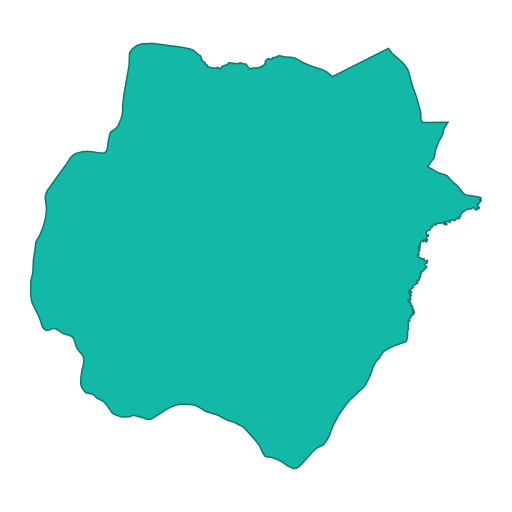 outline of Pakham, Buri Ram, Thailand
{"feature_id": "78962969B25022287440202", "entity_name": "Pakham", "entity_type": "district", "adm_level": 2, "iso_a3": "THA", "parent_name": "Thailand", "parent_adm1": "Buri Ram", "projection": "orthographic", "projection_center": [102.732, 14.398], "detail": "fine", "context": "isolated", "style": "filled", "palette": "teal", "viewbox_px": 512, "rotation_deg": 0, "n_neighbors": 0, "source": "geoboundaries", "source_scale": "gbopen_adm2", "svg_char_len": 5969}
<svg xmlns="http://www.w3.org/2000/svg" viewBox="0 0 512 512"><path d="M448.0,122.3L422.3,122.5L421.0,119.3L420.5,111.5L415.9,95.3L412.2,85.3L409.8,75.8L408.0,70.1L406.5,67.4L402.6,62.6L391.9,53.1L388.4,48.4L332.4,76.6L327.0,72.1L322.3,69.6L310.3,65.7L303.7,62.9L296.7,58.9L292.3,57.4L285.3,57.0L278.9,55.6L277.8,56.4L276.9,56.4L276.1,57.4L274.5,57.5L273.9,57.3L272.8,57.7L272.5,58.5L271.7,58.9L271.9,59.4L271.7,59.5L270.9,59.0L270.1,59.3L269.0,58.7L267.6,58.8L265.3,61.1L265.4,63.1L264.8,63.7L265.0,64.7L263.4,65.2L262.7,66.2L261.9,66.1L261.7,66.6L260.0,67.0L259.1,67.7L257.8,67.6L256.6,68.1L255.6,67.9L252.4,68.0L251.8,68.9L250.2,68.8L248.9,67.9L245.9,64.0L243.0,63.8L241.3,62.9L238.9,63.0L238.2,63.8L237.0,63.8L234.8,63.3L234.2,63.9L233.4,63.4L229.5,62.7L228.0,63.3L227.8,64.3L226.9,64.9L224.4,65.4L223.3,66.3L222.3,66.2L221.6,67.0L221.2,68.4L220.3,69.0L220.2,68.5L218.3,67.5L217.7,67.8L216.5,67.6L215.5,68.3L214.5,68.1L213.7,68.4L213.3,67.9L212.3,68.1L211.1,67.5L207.9,66.9L207.3,65.2L205.5,64.5L205.4,63.1L201.7,60.0L201.4,58.0L200.3,55.7L198.5,54.8L193.3,50.1L189.3,48.7L179.3,46.9L152.3,43.4L141.9,43.9L137.4,45.2L132.9,48.4L129.5,52.9L129.1,64.9L123.7,96.0L122.6,106.8L122.6,111.3L122.3,114.1L121.1,118.6L118.0,126.0L115.6,128.6L110.5,132.2L109.8,134.0L108.2,141.5L107.5,147.7L106.6,150.7L105.3,152.3L103.3,153.1L99.8,153.0L92.6,151.8L87.8,151.4L83.1,151.5L75.7,153.5L74.0,154.6L71.1,156.9L66.2,164.3L47.4,190.4L45.6,194.6L45.2,197.3L46.5,208.3L46.2,213.3L45.3,218.9L42.8,227.9L39.8,235.1L36.4,240.9L35.7,242.9L35.1,249.0L33.4,259.8L32.9,272.5L30.8,280.8L30.7,294.6L31.3,299.7L32.2,303.0L38.4,315.6L40.2,320.0L42.3,326.5L43.6,328.5L44.8,329.6L45.8,330.1L47.4,330.2L49.3,329.9L53.2,328.4L54.9,328.5L57.9,330.0L63.6,333.8L68.0,334.9L71.7,336.4L74.0,339.1L76.6,347.7L79.0,351.0L82.3,354.8L83.5,357.1L83.9,359.2L83.6,363.3L82.0,370.3L81.1,375.6L80.7,380.5L80.8,384.4L81.7,387.3L83.9,390.6L86.1,392.9L91.6,393.9L94.3,395.3L96.7,397.9L103.9,401.8L107.2,405.6L111.6,412.2L113.1,413.7L116.5,415.2L121.3,416.9L125.2,417.0L129.5,416.7L132.2,415.6L134.0,415.4L143.4,417.9L147.3,419.4L150.1,419.4L152.6,418.4L167.2,408.9L169.9,407.5L175.5,405.2L179.6,404.4L183.7,404.2L189.0,404.4L194.9,405.2L198.0,406.6L205.9,411.5L217.7,415.1L227.7,420.4L233.9,422.1L239.0,424.9L241.9,426.1L244.4,428.1L255.6,440.6L259.6,445.9L262.8,452.9L265.1,456.4L266.3,456.8L271.2,457.3L274.5,458.4L279.0,460.2L283.5,462.9L287.7,465.9L292.6,468.3L294.8,468.6L296.4,468.2L298.6,467.0L303.0,462.7L312.0,452.4L316.0,448.6L318.3,447.2L321.6,445.8L323.5,444.7L326.4,441.0L329.0,436.3L332.9,426.1L338.0,416.3L339.8,413.4L345.2,405.7L350.1,399.7L363.5,387.4L365.8,384.2L368.9,378.4L370.9,373.7L373.0,367.6L375.4,362.5L379.0,358.3L382.7,352.6L385.1,350.4L391.1,347.2L395.5,345.3L406.1,341.6L406.8,340.1L407.6,335.6L407.5,331.2L408.6,329.1L408.0,327.6L408.6,326.0L408.3,325.0L408.5,324.4L408.2,322.3L408.3,321.2L408.6,320.9L409.3,321.4L409.7,321.3L409.5,318.3L410.9,317.6L411.0,315.7L412.2,315.2L413.9,313.9L413.6,313.2L412.7,313.6L412.8,312.9L414.4,312.2L414.1,311.7L413.2,311.3L413.4,310.7L412.8,310.2L413.6,309.7L412.8,308.5L412.7,307.2L411.8,305.6L410.8,305.2L411.1,304.2L410.5,302.3L409.4,302.6L408.6,302.3L408.5,301.9L409.5,300.8L408.0,300.6L408.4,300.0L410.7,299.8L410.3,297.6L410.4,297.1L410.1,296.1L411.1,295.7L411.3,295.4L410.1,294.2L411.6,292.3L410.2,291.9L409.7,292.7L409.0,292.8L408.5,292.4L408.4,291.6L409.2,291.0L409.4,290.4L410.4,290.6L410.1,289.9L410.2,289.6L411.1,289.3L412.0,288.3L413.1,287.8L413.0,286.2L414.3,285.0L416.2,283.7L417.4,283.4L416.8,282.8L416.8,281.8L416.5,280.9L417.1,280.6L417.6,281.4L417.9,281.4L418.2,281.0L417.8,280.8L417.8,280.3L419.1,279.9L419.3,277.9L420.3,277.4L420.1,276.6L420.8,274.8L420.3,273.7L421.4,273.2L420.9,271.9L422.6,271.3L424.6,269.5L424.8,268.9L426.4,267.8L426.6,267.2L426.6,266.4L425.5,266.2L424.9,264.8L425.4,263.5L427.0,263.0L427.2,262.1L426.9,261.3L427.6,260.3L427.3,260.2L426.1,261.1L424.2,260.5L423.8,260.0L424.0,258.7L423.1,259.1L420.7,258.1L420.0,257.5L417.8,256.8L418.2,255.5L417.4,254.9L417.6,254.6L418.6,254.7L419.0,254.4L418.9,254.0L418.3,253.2L419.0,251.9L418.8,250.6L419.7,250.4L419.7,249.9L419.2,249.5L419.7,249.2L419.7,248.7L418.3,247.8L419.0,246.9L419.7,247.3L420.1,247.1L419.6,246.2L418.9,245.9L418.8,245.6L419.9,245.4L419.7,244.7L420.6,244.0L420.7,243.6L420.2,243.1L420.6,241.4L422.7,241.0L423.3,241.7L423.6,241.7L424.1,241.2L423.8,239.7L424.1,239.5L425.1,239.9L425.3,240.8L426.3,242.0L427.2,240.4L426.8,239.8L427.2,239.6L427.3,239.2L426.4,238.8L426.7,237.2L427.3,236.0L428.4,236.3L428.6,235.5L427.9,234.7L427.5,234.7L427.1,235.3L426.7,235.2L426.2,234.2L426.3,233.4L426.0,232.8L426.4,231.5L427.1,230.8L428.8,230.7L429.3,229.9L430.2,229.6L430.7,228.8L430.7,226.9L432.3,227.1L432.2,226.5L432.6,225.7L433.9,225.0L434.1,224.3L435.9,225.2L436.2,224.9L435.8,224.3L435.9,223.9L437.2,223.5L440.4,223.3L441.2,222.6L441.9,223.1L443.5,222.4L444.0,222.7L443.8,223.7L444.0,224.2L444.6,224.3L445.3,224.1L446.3,225.0L446.8,224.5L446.8,223.3L445.6,222.9L445.1,222.4L445.4,221.8L448.9,220.9L449.2,221.2L449.2,222.2L449.8,222.6L450.4,221.8L449.9,220.9L450.5,219.9L451.5,220.1L452.8,219.9L454.7,220.7L455.0,220.4L455.2,219.5L455.9,219.4L456.6,218.5L457.1,218.4L457.7,218.7L459.3,218.5L459.7,218.0L459.4,216.9L460.5,216.3L460.8,214.6L461.6,213.1L465.6,210.0L468.1,209.2L471.6,208.8L473.1,207.4L473.9,207.7L475.0,209.2L476.4,210.0L477.0,209.1L478.3,208.8L479.4,207.8L479.3,207.4L478.2,207.4L477.6,207.0L478.0,206.1L477.3,205.3L477.2,204.3L477.6,204.0L478.2,204.3L478.5,204.2L478.8,202.9L479.6,202.7L480.4,201.3L481.3,200.6L480.9,199.6L480.2,200.2L479.7,199.9L481.0,198.6L480.9,198.1L480.3,197.9L480.5,197.5L476.1,196.5L465.6,195.0L463.0,193.0L459.8,188.6L457.0,185.5L452.9,182.2L447.1,175.8L445.2,174.9L438.9,173.0L435.4,171.2L431.7,168.8L427.7,167.0L429.9,163.4L433.8,158.4L434.6,156.2L435.2,150.9L438.1,143.1L439.3,140.3L441.9,136.3L442.7,134.4L443.6,130.8L443.7,129.4L444.3,128.0L448.0,122.3Z" fill="#14b8a6" stroke="#0f766e" stroke-width="1.5"/></svg>